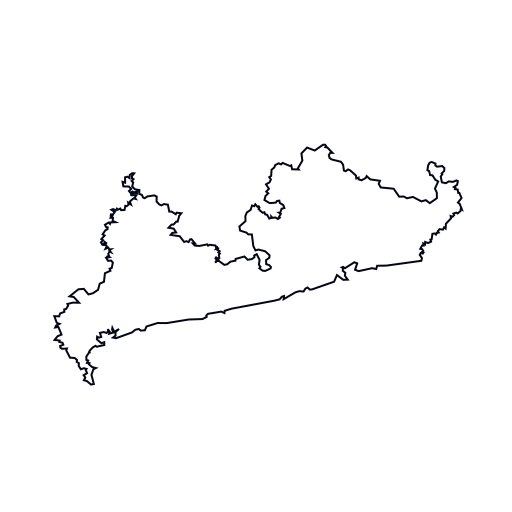 outline of Bajo Baudó (Pizarro), Chocó, Colombia, rotated 261°
{"feature_id": "7082276B26608751492830", "entity_name": "Bajo Baudó (Pizarro)", "entity_type": "district", "adm_level": 2, "iso_a3": "COL", "parent_name": "Colombia", "parent_adm1": "Chocó", "projection": "robinson", "projection_center": [-77.183, 5.002], "detail": "fine", "context": "isolated", "style": "outline", "palette": "ink", "viewbox_px": 512, "rotation_deg": 261, "n_neighbors": 0, "source": "geoboundaries", "source_scale": "gbopen_adm2", "svg_char_len": 6083}
<svg xmlns="http://www.w3.org/2000/svg" viewBox="0 0 512 512"><g transform="rotate(261 256 256)"><path d="M356.7,148.6L357.2,146.7L355.7,143.9L352.7,143.3L354.4,141.5L354.2,139.0L348.9,138.2L350.1,135.8L345.5,135.9L344.5,141.3L341.8,143.2L340.1,140.7L338.0,141.9L339.0,144.1L337.9,145.4L338.4,148.8L336.7,148.3L337.5,143.5L336.6,142.3L335.6,142.3L334.7,147.3L332.6,145.4L331.2,146.1L332.1,144.0L329.5,139.9L326.5,140.5L328.7,138.1L326.7,138.2L325.4,136.1L326.0,134.8L322.0,133.3L322.4,129.9L324.1,129.4L323.3,126.7L324.5,126.0L323.0,124.7L324.7,122.2L324.3,120.4L321.5,123.3L319.3,121.1L319.8,119.3L318.4,118.8L317.8,120.1L316.5,118.5L316.0,120.7L313.2,119.9L311.4,122.5L311.9,117.4L310.6,116.8L312.1,115.8L310.5,111.7L307.9,112.5L307.5,114.0L305.7,113.5L304.9,111.2L301.4,107.9L299.9,109.7L296.9,105.9L295.5,107.4L293.7,105.0L291.0,106.1L290.7,107.6L292.0,106.7L292.2,108.6L293.5,108.7L292.2,110.1L290.4,109.1L289.0,110.2L286.7,108.5L287.4,111.4L285.4,112.2L285.3,113.6L284.6,112.1L282.5,113.2L283.3,111.9L281.2,110.4L279.3,110.8L278.9,109.5L277.8,111.0L277.6,107.7L274.4,109.1L274.2,112.1L271.9,113.6L266.7,111.6L266.4,109.4L264.2,109.9L262.6,104.1L254.3,101.8L253.1,97.3L247.3,94.7L244.7,89.1L244.3,84.5L250.5,80.8L250.9,75.4L245.3,65.6L244.0,69.6L237.5,73.9L238.6,67.8L238.1,62.2L236.4,62.7L233.5,60.3L233.2,58.2L230.8,58.0L229.9,53.5L227.2,52.1L228.1,47.4L221.1,48.8L219.7,51.3L218.5,47.6L216.8,46.5L216.9,49.7L208.8,51.6L207.8,47.5L204.6,43.9L203.2,48.8L201.9,48.3L200.6,51.3L198.5,51.8L197.7,48.4L195.9,48.5L194.7,49.9L194.2,54.8L192.5,53.8L184.7,56.4L183.6,61.0L181.4,62.9L179.4,62.4L177.9,64.3L175.1,63.7L171.5,65.3L172.1,68.4L171.0,70.9L170.2,70.0L166.7,70.8L165.2,67.1L162.8,68.4L160.2,66.6L159.0,69.3L154.8,73.0L154.9,75.8L164.4,74.9L169.6,77.7L170.4,80.3L172.0,76.7L175.2,74.0L176.3,74.7L176.9,72.3L179.0,73.9L179.9,72.2L183.2,72.7L186.7,75.9L186.9,77.5L187.2,76.1L188.5,76.9L191.2,80.4L192.4,83.4L191.3,84.5L191.8,92.2L194.6,92.6L194.1,89.6L198.6,85.8L201.2,86.5L199.9,88.1L200.3,90.5L204.5,89.8L204.7,93.8L203.4,96.4L204.5,98.2L206.9,98.2L204.1,99.7L202.2,98.8L202.7,103.0L206.1,102.4L207.5,102.9L203.3,104.1L205.3,109.3L202.9,105.3L199.3,104.8L197.8,102.0L196.7,104.9L199.9,121.6L202.0,125.2L202.3,128.8L200.4,130.4L200.0,134.6L203.5,136.8L205.2,148.3L203.7,157.4L203.8,179.8L202.1,193.2L203.5,197.7L205.0,197.6L206.4,199.6L206.5,213.1L204.6,215.9L206.8,216.5L207.8,223.8L209.0,267.3L209.5,272.6L211.7,275.1L212.1,277.4L209.0,276.5L213.9,289.1L214.5,293.2L213.5,297.4L216.1,299.7L216.8,302.0L214.5,303.8L214.2,305.9L218.4,329.1L224.5,333.0L218.8,338.5L218.3,342.9L222.7,340.7L225.5,341.6L227.7,339.4L230.6,340.0L231.3,339.1L231.6,340.4L230.0,341.8L234.4,352.2L232.9,354.8L226.9,351.7L225.0,355.0L225.8,368.8L224.3,372.7L227.4,374.1L226.1,383.5L225.4,418.5L228.0,419.6L231.5,417.9L233.2,419.2L232.3,421.1L233.2,421.9L233.8,420.4L234.9,421.9L236.7,421.3L237.4,419.4L240.4,421.7L240.1,423.2L242.2,423.2L241.0,424.8L243.4,425.3L241.9,427.9L242.8,431.2L244.9,430.8L245.0,432.1L250.3,433.7L250.3,436.2L249.0,437.1L250.5,438.2L250.6,440.1L252.0,439.4L253.8,441.5L252.8,444.8L254.9,446.3L253.5,447.6L258.1,448.6L262.7,454.5L265.0,454.5L264.0,456.3L265.4,458.1L267.0,457.6L267.5,460.6L266.5,461.8L268.4,465.0L270.6,465.7L269.8,466.6L275.5,465.4L277.2,463.8L281.1,468.1L286.5,466.7L286.7,465.6L290.1,465.6L290.9,463.0L292.0,463.7L293.2,462.2L294.8,465.7L298.3,467.1L299.3,465.8L298.4,462.2L299.5,458.0L298.2,454.9L299.7,451.1L305.6,450.9L307.6,452.8L308.5,452.3L310.6,455.2L313.4,455.8L315.7,454.0L315.9,448.8L317.4,447.3L319.2,447.7L321.4,444.2L320.9,442.0L318.6,440.2L313.9,438.7L312.8,440.3L308.7,440.6L308.1,442.9L303.3,445.0L301.1,447.6L294.6,443.3L290.3,444.5L284.8,443.7L281.0,435.9L284.6,432.5L284.1,427.9L289.8,420.2L289.4,414.2L291.6,411.3L292.2,406.7L300.9,402.5L304.2,389.9L308.1,388.5L310.9,390.2L313.8,380.8L317.6,377.8L315.9,376.6L314.3,372.2L315.6,369.4L317.4,369.6L316.9,367.2L319.8,367.3L326.0,362.3L327.1,360.4L325.7,357.9L326.6,356.2L332.6,356.3L335.8,354.6L339.5,345.9L341.3,344.0L344.2,343.7L346.3,345.5L345.9,347.7L351.9,343.5L352.7,341.6L353.4,342.5L355.1,341.7L355.4,339.6L351.0,330.5L355.1,323.4L350.2,316.9L342.9,316.7L336.0,311.0L334.8,311.7L336.0,305.2L340.0,305.0L339.6,303.6L343.8,296.8L342.5,295.1L344.0,292.9L342.8,289.2L340.6,287.9L338.7,284.8L332.7,283.5L331.8,281.4L329.2,282.7L326.6,280.8L325.2,277.1L320.4,279.3L318.0,276.2L316.0,277.9L313.8,274.8L310.0,273.1L306.1,277.7L305.6,283.8L307.1,285.4L307.0,287.7L304.7,287.8L301.9,291.0L298.9,291.5L298.7,288.7L295.0,286.7L295.1,285.6L293.7,287.1L290.8,284.7L290.1,285.4L289.1,283.4L291.0,281.2L291.1,278.2L292.5,277.3L291.2,277.2L290.9,275.0L295.0,273.4L295.7,271.6L297.9,271.1L297.6,269.5L299.6,267.6L302.0,265.9L303.2,267.0L304.7,266.4L304.3,265.2L307.2,263.4L305.5,262.1L306.5,260.0L302.4,257.9L300.4,253.7L297.0,251.7L292.1,251.1L287.7,244.2L283.6,244.3L280.6,250.2L278.6,251.7L277.9,255.3L266.4,254.9L261.6,256.3L262.0,259.3L259.3,265.7L254.6,269.5L252.2,268.9L250.4,265.3L246.4,264.8L245.0,267.5L242.7,269.1L241.4,268.4L239.8,262.8L240.5,260.2L243.4,257.4L244.6,258.7L246.9,257.5L251.6,258.9L257.7,257.0L256.8,254.3L255.1,254.3L253.6,251.5L253.6,247.2L257.3,244.5L256.3,235.4L254.6,235.0L254.4,229.9L252.3,226.2L252.2,223.3L256.9,218.6L257.2,216.5L255.7,214.7L258.3,216.6L260.1,215.6L260.9,216.4L258.8,218.5L259.6,219.4L263.0,219.5L264.1,220.7L265.4,219.4L266.5,220.8L268.1,218.8L269.0,219.5L269.1,217.5L271.2,219.8L270.6,217.9L272.7,217.6L274.3,212.2L273.7,210.3L275.1,209.8L274.8,201.6L275.9,197.1L278.4,195.5L278.0,197.7L282.7,194.9L282.7,193.5L280.3,191.6L281.5,189.6L281.1,187.2L287.4,183.8L290.2,175.0L291.9,176.9L291.8,180.8L295.9,179.0L297.6,174.0L300.2,177.5L300.0,179.5L302.5,182.7L302.2,184.0L307.8,186.5L309.9,188.9L311.2,184.4L309.8,183.3L313.1,179.5L313.4,177.3L320.5,177.0L321.7,173.2L320.8,170.5L322.0,168.6L325.3,166.3L330.3,167.2L331.8,164.9L331.8,157.9L330.5,155.1L331.3,153.7L334.3,152.8L335.6,150.4L339.4,151.1L340.8,146.9L343.9,144.6L347.9,146.2L349.6,144.9L351.1,147.0L352.2,145.7L354.3,146.0L356.7,148.6Z" fill="none" stroke="#020617" stroke-width="2"/></g></svg>